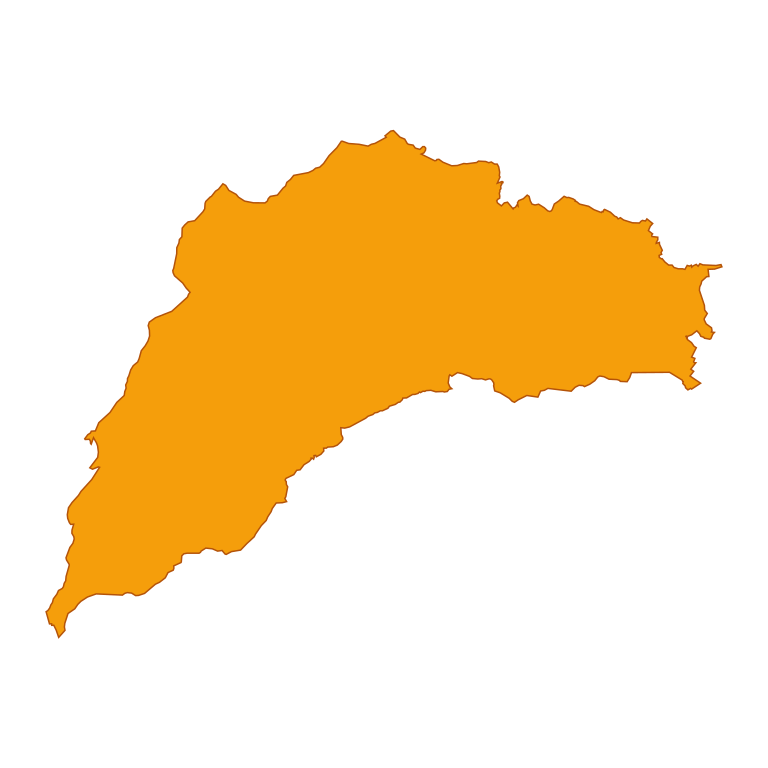 Baisoara, Cluj, Romania
{"feature_id": "2599482B38927936473335", "entity_name": "Baisoara", "entity_type": "district", "adm_level": 2, "iso_a3": "ROU", "parent_name": "Romania", "parent_adm1": "Cluj", "projection": "equal_earth", "projection_center": [23.394, 46.564], "detail": "fine", "context": "isolated", "style": "filled", "palette": "amber", "viewbox_px": 768, "rotation_deg": 0, "n_neighbors": 0, "source": "geoboundaries", "source_scale": "gbopen_adm2", "svg_char_len": 6051}
<svg xmlns="http://www.w3.org/2000/svg" viewBox="0 0 768 768"><path d="M96.2,593.9L122.4,595.1L124.9,593.3L127.3,592.6L131.6,593.1L135.6,595.6L138.6,595.4L144.6,593.4L155.4,584.2L159.5,582.3L165.3,577.8L168.0,572.6L173.3,570.1L173.9,568.2L173.7,565.9L180.9,562.6L181.3,562.0L181.8,555.8L183.8,553.8L187.1,553.2L199.1,553.2L200.5,552.3L201.1,551.1L205.8,548.1L212.3,548.8L217.6,551.1L222.1,550.5L225.0,554.0L226.2,554.4L231.5,551.6L240.6,550.1L246.9,543.5L254.2,536.8L255.5,534.1L261.3,525.6L266.2,520.5L267.7,516.9L271.1,511.7L272.3,508.5L276.2,503.0L282.4,502.7L286.6,501.6L284.8,498.4L285.8,496.8L287.7,486.8L286.4,484.5L286.2,481.5L285.3,480.5L285.3,479.4L286.1,478.3L293.8,474.6L296.7,470.3L300.1,469.8L304.0,464.7L309.2,461.4L311.2,459.1L311.0,458.2L312.2,458.1L313.6,459.2L314.2,457.4L314.0,455.6L315.7,455.4L316.3,456.8L320.9,454.3L323.8,451.0L323.6,448.2L326.4,448.1L327.7,447.1L333.4,446.7L337.3,445.1L341.2,441.5L342.8,439.1L342.7,437.4L341.3,434.6L340.8,427.7L344.7,428.1L349.6,426.9L365.7,418.2L368.1,416.2L372.9,414.5L374.7,412.9L377.4,412.4L380.3,410.8L382.4,410.8L388.0,408.2L389.4,406.2L395.3,404.4L398.3,402.3L399.9,402.1L402.4,399.6L402.8,398.1L406.6,397.9L412.5,394.5L414.9,394.4L418.1,393.4L419.4,392.0L420.5,392.6L423.0,391.2L424.8,391.4L426.2,390.6L430.9,390.3L435.7,391.8L442.9,391.5L444.3,392.0L447.3,391.5L449.0,389.3L451.8,388.7L449.9,387.0L448.2,383.0L449.1,376.1L449.8,374.8L451.9,376.2L457.5,372.6L462.1,373.6L469.6,376.4L472.4,378.5L477.8,379.0L481.7,378.7L485.5,379.9L489.1,378.8L490.5,379.0L491.7,379.8L493.7,382.8L493.9,384.7L493.6,385.7L494.7,390.9L500.2,392.8L509.2,398.3L512.2,401.3L514.5,402.3L518.2,399.8L526.8,395.5L537.9,397.1L540.6,391.0L544.4,390.3L547.9,388.4L571.2,391.2L575.2,387.2L579.0,385.3L583.0,385.6L584.5,386.6L589.8,384.2L594.8,380.7L597.8,376.9L599.8,376.0L604.0,376.7L609.0,379.2L617.1,379.6L619.5,380.4L620.3,381.4L627.1,381.7L629.7,377.6L631.5,372.6L669.5,372.3L682.2,380.1L682.7,381.5L683.2,381.6L682.8,383.5L685.1,385.9L685.6,387.8L687.9,389.9L690.6,388.4L691.6,389.1L700.6,383.2L690.0,376.0L693.7,371.3L690.8,369.2L695.8,362.8L694.3,362.7L693.6,361.9L694.9,358.4L691.6,357.1L696.3,347.7L694.1,346.3L691.5,342.6L687.5,339.6L686.8,338.3L687.2,338.0L685.9,336.5L686.2,336.1L687.5,336.8L687.9,336.2L691.7,334.8L696.8,330.8L699.5,333.7L700.8,336.3L703.8,337.3L704.4,338.2L709.8,339.2L710.9,338.6L712.7,334.3L714.4,332.4L711.4,332.0L712.0,330.5L711.5,327.8L706.2,323.9L704.2,319.8L704.3,318.5L707.3,313.5L704.7,310.1L704.4,305.4L699.4,290.3L699.7,286.9L701.1,283.9L701.7,281.2L706.6,276.7L708.9,276.5L708.1,269.3L714.6,269.1L721.9,266.8L721.0,264.6L716.0,265.5L703.0,264.9L699.9,263.7L698.1,266.2L696.3,264.4L693.0,265.9L691.8,267.1L691.3,265.2L689.4,266.1L687.2,265.4L684.9,269.4L682.6,268.8L678.3,268.8L674.0,267.5L672.1,265.1L668.7,265.1L664.8,261.9L662.2,258.7L661.5,258.9L659.3,257.4L659.1,255.4L661.7,254.3L661.0,252.6L662.3,250.3L659.5,244.4L659.4,242.4L656.2,243.4L656.4,242.2L657.8,239.8L657.8,237.2L651.9,236.5L651.7,234.9L652.6,233.9L648.4,230.6L650.3,226.2L652.7,223.5L646.9,218.9L645.5,221.0L642.4,220.4L640.7,221.5L639.5,223.0L632.5,222.8L623.6,220.0L620.4,217.7L618.1,218.9L616.7,217.0L614.7,216.2L610.4,212.2L604.6,209.4L604.0,209.7L603.1,211.8L602.2,211.4L601.5,212.5L599.9,212.0L594.0,209.7L588.7,206.3L579.6,204.1L576.7,201.7L575.1,201.2L575.4,200.4L573.1,198.9L568.7,197.4L566.9,197.6L564.1,196.3L558.6,201.1L554.3,204.0L552.2,209.6L551.2,210.9L549.8,211.5L547.7,210.8L544.3,207.8L538.6,204.2L535.0,205.0L532.0,204.1L530.3,201.0L529.1,196.4L527.2,195.1L523.4,198.7L518.8,200.6L517.5,202.7L518.0,205.9L517.0,204.9L515.4,207.3L513.7,207.9L513.1,208.9L507.5,202.2L504.3,202.9L501.4,205.9L497.5,202.9L496.7,200.8L498.0,199.1L499.6,198.3L499.8,196.2L499.3,193.2L499.9,191.7L499.8,190.2L500.9,188.7L500.7,185.9L501.7,184.5L501.4,183.5L502.9,182.8L503.0,182.0L502.0,181.5L497.3,183.2L500.0,177.0L499.3,175.8L499.7,172.3L498.7,166.9L497.2,164.1L494.6,164.1L491.3,162.0L488.7,162.7L485.7,161.5L478.5,161.1L476.7,162.5L466.7,163.8L463.8,163.5L457.4,165.5L451.7,165.8L442.9,162.2L438.9,159.3L436.9,159.5L436.4,160.4L434.8,160.8L421.2,154.1L423.9,152.9L425.5,150.3L425.7,148.1L424.4,146.6L422.8,146.6L419.9,149.4L415.3,148.1L413.1,145.1L408.4,144.3L407.2,143.4L404.7,139.1L399.9,137.1L393.5,130.6L390.7,131.1L385.0,135.8L386.2,137.3L375.0,143.4L371.3,144.3L368.1,146.1L359.1,144.3L348.7,143.5L342.3,141.2L341.3,141.3L336.9,147.7L329.1,155.6L323.6,163.5L319.7,167.2L315.6,168.2L313.0,170.4L308.4,172.6L293.7,175.4L290.4,179.5L286.8,182.4L285.6,186.0L283.0,188.2L277.4,195.1L270.3,196.4L268.3,198.6L267.3,201.1L265.0,202.9L253.4,202.8L244.6,201.1L238.5,197.2L236.2,194.4L228.9,190.4L225.7,185.4L222.9,183.8L218.5,189.2L215.5,191.2L211.4,196.4L210.2,197.0L205.8,201.4L205.1,203.3L204.7,208.9L203.0,211.7L194.7,220.7L188.1,221.9L184.7,225.0L182.2,228.1L181.9,236.8L179.4,239.5L178.9,243.1L176.8,247.7L176.7,253.7L173.7,268.4L172.8,270.5L173.1,272.7L174.5,275.8L182.7,283.0L186.3,288.2L190.1,292.3L188.6,294.2L187.5,297.1L171.8,311.3L155.5,317.7L149.3,322.1L148.2,325.6L149.4,330.2L149.6,336.1L148.0,341.0L145.2,345.8L141.3,350.7L139.2,358.4L137.7,362.0L133.3,365.6L130.7,369.9L128.8,375.9L127.5,378.5L127.4,381.4L125.7,385.0L126.1,388.2L124.8,391.5L124.2,395.5L116.8,402.4L110.0,412.5L98.8,422.7L95.4,430.9L91.3,431.2L90.4,433.0L87.8,434.7L84.7,438.8L85.2,439.5L89.3,439.3L90.3,440.8L90.6,443.5L91.2,444.2L93.5,437.7L96.4,442.7L97.6,445.9L98.4,452.2L97.7,457.4L89.8,467.8L92.5,469.2L98.3,466.9L99.6,467.3L91.7,479.6L81.0,491.4L78.4,495.5L72.0,502.6L68.5,507.7L67.3,514.7L67.7,518.4L69.4,522.7L70.7,524.4L73.7,524.2L72.0,530.0L71.9,533.3L73.8,536.6L74.2,539.0L72.9,543.3L69.9,547.4L66.0,557.8L66.5,559.9L69.2,564.4L69.2,565.5L66.1,576.4L65.7,580.8L64.2,583.3L63.4,586.8L62.2,588.5L58.5,590.5L56.8,594.3L53.4,598.8L52.4,602.6L50.8,605.0L49.7,608.0L47.8,610.6L46.1,611.7L49.5,623.9L51.6,623.8L51.7,625.3L53.8,625.3L56.1,629.9L58.7,637.4L65.0,630.3L64.4,627.0L64.8,623.4L68.0,613.5L74.8,608.8L77.8,604.4L80.9,601.3L87.5,597.0L96.2,593.9Z" fill="#f59e0b" stroke="#b45309" stroke-width="1.5"/></svg>